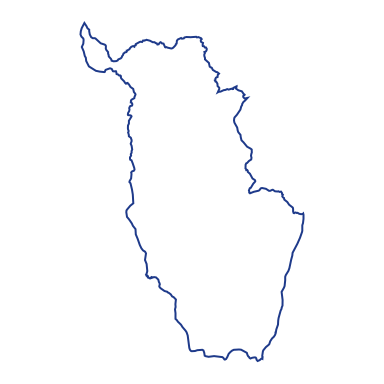 Supia, Caldas, Colombia
{"feature_id": "7082276B1777819545568", "entity_name": "Supia", "entity_type": "district", "adm_level": 2, "iso_a3": "COL", "parent_name": "Colombia", "parent_adm1": "Caldas", "projection": "robinson", "projection_center": [-75.644, 5.456], "detail": "fine", "context": "isolated", "style": "outline", "palette": "blue", "viewbox_px": 384, "rotation_deg": 0, "n_neighbors": 0, "source": "geoboundaries", "source_scale": "gbopen_adm2", "svg_char_len": 5895}
<svg xmlns="http://www.w3.org/2000/svg" viewBox="0 0 384 384"><path d="M262.4,358.8L262.6,356.8L262.2,356.1L262.9,351.4L263.3,350.3L265.9,347.1L268.7,344.8L269.3,344.1L270.2,341.3L272.0,338.5L273.9,336.7L275.0,335.0L275.5,333.7L275.5,332.6L275.8,332.6L276.3,329.5L278.0,324.6L278.2,320.6L278.6,318.0L280.6,310.7L281.5,308.9L281.7,307.6L282.5,305.6L282.6,300.0L281.6,291.9L284.0,287.6L284.6,286.0L285.2,280.3L285.2,276.8L285.8,275.1L288.4,270.9L289.4,268.1L291.2,259.6L292.3,255.6L292.6,252.8L297.4,243.7L300.0,237.8L302.1,231.8L302.3,230.6L302.3,225.3L303.0,223.1L303.5,218.9L303.5,214.8L303.2,213.5L302.8,213.9L301.2,214.2L299.2,213.8L297.6,212.8L296.8,213.0L295.7,212.5L295.0,212.6L294.1,213.2L293.6,213.0L293.1,211.5L293.1,209.0L292.8,207.6L289.1,204.7L287.3,202.0L284.3,199.6L284.0,198.0L283.0,197.4L282.3,196.4L282.3,195.9L282.9,194.8L282.0,194.0L282.1,193.2L281.0,191.6L279.5,191.9L278.4,191.3L277.5,191.5L275.0,191.3L272.9,189.8L272.3,189.8L270.2,190.8L269.0,190.8L265.9,188.8L262.0,188.0L260.7,188.4L259.4,190.2L258.6,190.7L253.8,191.8L250.0,193.3L249.2,192.6L249.3,191.6L248.9,190.5L249.8,188.2L250.8,187.8L253.3,183.6L254.9,181.9L255.3,181.2L255.1,180.4L254.8,180.0L252.5,178.5L249.9,173.7L247.8,171.9L247.7,170.6L247.2,170.0L246.3,170.1L246.3,169.4L245.5,168.5L245.6,164.7L246.2,163.4L247.2,162.9L248.9,161.0L251.2,159.5L251.5,157.8L251.0,155.7L251.4,153.6L251.8,152.6L251.7,149.5L250.7,148.7L247.1,146.7L243.5,142.3L241.5,140.3L240.7,137.0L240.5,134.9L238.3,132.2L237.7,130.5L237.2,127.6L234.4,122.6L234.0,120.5L234.2,118.6L234.5,117.5L236.9,114.8L240.4,109.6L241.2,106.6L242.1,105.0L242.2,104.0L243.3,102.1L245.1,100.5L247.5,97.9L245.3,98.4L244.6,98.4L244.0,97.9L243.3,97.1L243.2,96.5L243.4,95.6L243.7,95.2L244.4,95.1L244.6,94.7L243.7,94.0L241.8,91.3L238.4,90.3L236.1,88.7L235.8,88.3L236.6,86.7L236.6,86.3L233.5,87.8L233.2,88.0L233.1,89.0L232.5,89.1L231.5,88.7L228.7,89.6L227.2,89.1L225.5,89.9L223.6,90.2L220.6,91.6L218.7,91.8L217.8,92.3L219.3,88.9L219.2,87.7L217.6,86.1L217.4,83.6L216.3,81.8L215.5,81.6L214.9,80.4L215.4,80.2L215.4,78.7L215.9,77.8L216.5,77.3L217.5,77.1L217.8,74.8L219.0,73.6L217.3,72.2L216.2,72.0L212.8,69.9L211.8,67.8L211.4,67.5L210.7,67.4L209.7,66.6L208.9,62.9L205.0,59.4L205.0,58.0L204.3,55.9L204.3,54.4L204.9,53.1L204.4,52.0L205.9,51.4L206.5,50.4L206.8,49.0L206.0,47.5L204.9,47.5L204.1,46.3L202.8,46.1L202.6,45.0L203.0,42.9L201.2,42.0L200.8,41.1L200.8,40.1L201.7,39.1L201.2,38.3L198.4,37.1L196.9,37.4L196.2,36.8L190.6,37.2L186.5,37.0L184.4,37.5L183.8,38.4L181.9,38.7L181.1,38.0L177.8,39.5L176.9,40.7L176.6,43.6L175.8,44.2L175.6,45.2L173.2,47.7L172.2,48.3L171.3,48.5L167.4,47.6L166.5,47.1L165.5,47.4L165.1,47.2L163.5,43.6L161.9,43.4L161.3,42.6L160.5,42.2L159.7,42.8L158.6,44.3L157.4,44.5L156.7,43.3L155.6,43.1L154.6,42.2L152.7,42.2L149.9,40.7L146.4,39.8L145.5,40.3L144.4,40.4L144.1,40.7L143.1,40.5L142.1,42.0L140.5,41.7L139.6,42.0L135.8,44.1L135.7,45.3L134.5,45.7L134.3,46.7L133.3,46.2L132.6,46.2L131.2,46.9L129.9,48.3L129.4,49.3L128.1,49.9L127.3,50.7L126.7,50.7L126.6,51.8L126.3,52.1L124.7,52.5L124.1,53.2L123.5,53.5L122.9,55.2L122.2,56.0L121.6,57.5L120.7,58.4L118.3,59.4L117.6,60.5L116.2,61.1L113.6,61.3L111.6,60.7L111.4,59.7L110.9,58.8L108.8,56.5L108.5,54.5L108.1,53.8L108.1,52.1L106.3,49.9L105.8,48.7L105.9,46.0L105.5,45.2L104.7,44.6L100.7,43.3L95.5,38.5L94.8,38.2L92.8,38.2L91.2,37.2L89.8,34.5L89.2,31.2L89.2,29.7L87.5,28.3L86.5,26.2L84.4,23.0L81.7,28.2L80.8,31.3L80.5,34.5L81.4,36.6L83.3,38.5L83.6,39.9L83.3,43.7L81.8,47.0L83.7,51.4L84.8,56.0L85.8,57.7L86.2,61.0L88.9,66.4L95.9,70.8L99.7,71.6L104.3,72.1L104.8,71.9L105.4,70.2L105.8,69.8L110.0,68.3L111.7,68.9L112.9,71.2L114.0,71.4L115.9,71.2L116.2,71.8L116.6,74.1L118.1,74.5L119.3,75.6L120.4,75.5L120.9,76.1L120.9,77.7L121.4,78.6L124.3,81.5L124.8,82.6L126.0,83.7L126.9,83.0L127.6,82.9L128.0,83.7L128.8,84.2L130.5,87.0L133.2,88.9L133.9,92.0L135.3,93.8L135.5,94.6L134.5,96.9L134.3,98.2L131.7,99.6L131.0,100.4L130.8,102.4L131.5,102.5L132.3,104.0L132.3,104.9L132.0,105.6L130.2,106.1L129.6,107.1L129.2,108.1L129.5,109.5L129.2,111.0L128.1,113.0L127.9,114.2L127.9,114.8L128.1,115.1L130.7,115.4L131.4,116.0L131.5,116.5L128.9,120.8L128.9,123.6L128.0,125.5L127.9,128.3L128.1,129.6L128.6,130.8L128.5,131.8L128.1,132.4L128.8,134.7L128.9,136.3L130.8,137.7L131.6,140.1L131.6,141.2L130.7,143.8L131.6,145.8L132.2,149.5L131.6,151.0L131.6,152.7L130.8,154.2L131.1,155.6L130.0,157.3L130.0,158.8L130.2,159.7L131.5,160.3L132.7,163.3L134.3,168.1L134.5,169.7L133.8,170.8L132.2,171.3L131.2,172.4L131.5,174.0L131.1,178.5L129.7,180.9L129.4,182.0L130.5,183.3L132.0,189.6L132.8,194.6L133.3,203.3L130.3,205.7L127.2,209.4L126.5,210.4L126.3,212.2L127.0,216.9L129.0,219.3L131.8,223.4L132.9,225.8L135.5,229.1L135.8,234.4L137.6,238.7L139.8,245.0L141.4,248.3L143.0,250.4L145.1,251.7L146.0,253.4L145.0,260.0L146.6,264.0L147.3,271.1L146.6,273.6L145.7,275.4L146.0,275.1L146.4,275.5L147.3,275.5L147.5,275.7L147.1,276.2L147.9,276.7L147.7,277.1L148.1,277.7L148.7,277.7L149.5,278.3L150.0,278.3L151.6,277.0L152.2,277.2L152.2,277.5L151.5,277.6L151.4,278.0L154.0,277.1L156.0,277.4L158.3,279.6L158.9,282.0L159.6,283.3L159.8,284.5L159.5,285.1L159.3,286.5L159.8,287.4L160.8,288.4L164.5,291.0L167.3,291.8L167.7,292.4L169.0,293.0L170.8,294.4L172.1,296.4L173.7,297.2L175.9,299.5L175.4,304.2L175.6,307.0L175.0,309.4L175.5,313.1L175.5,318.9L176.9,320.2L177.8,321.6L181.0,324.7L182.5,327.1L185.5,330.6L186.6,332.3L187.7,335.5L189.3,347.9L189.9,349.7L190.9,350.9L191.7,351.2L195.0,351.0L197.3,350.2L202.3,349.8L203.4,350.4L204.2,352.6L204.7,355.7L205.7,356.2L208.6,356.8L214.1,356.1L222.3,357.1L223.3,357.8L224.4,359.4L224.9,359.6L226.1,359.0L227.3,357.0L228.7,353.8L230.4,352.0L232.1,350.6L233.8,349.8L239.0,349.5L241.1,349.7L246.8,352.8L247.5,355.0L248.2,356.3L249.2,357.2L249.5,357.9L250.4,358.5L252.1,357.8L254.3,357.4L255.6,357.5L256.2,358.2L256.6,359.8L257.6,361.0L259.7,360.1L261.7,358.4L262.4,358.8Z" fill="none" stroke="#1e3a8a" stroke-width="2"/></svg>